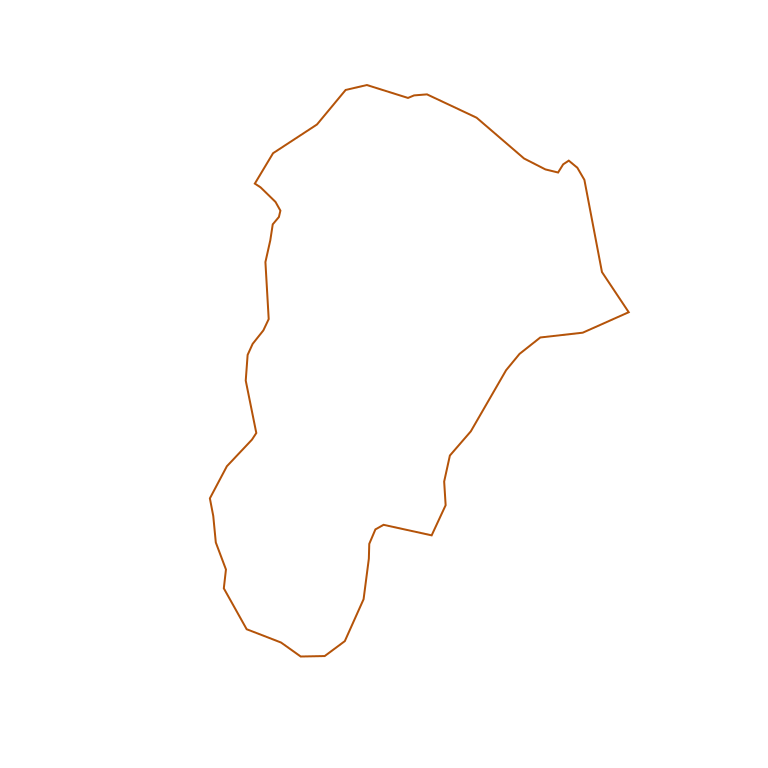 SVG path tracing the border of Ivancna Gorica, rotated 23°
{"feature_id": "SVN-955", "entity_name": "Ivancna Gorica", "entity_type": "Municipality", "adm_level": 1, "iso_a3": "SVN", "parent_name": "Slovenia", "parent_adm1": "", "projection": "mercator", "projection_center": [14.807, 45.902], "detail": "fine", "context": "isolated", "style": "outline", "palette": "amber", "viewbox_px": 768, "rotation_deg": 23, "n_neighbors": 0, "source": "natural_earth", "source_scale": "10m", "svg_char_len": 861}
<svg xmlns="http://www.w3.org/2000/svg" viewBox="0 0 768 768"><g transform="rotate(23 384 384)"><path d="M233.8,128.3L251.4,115.5L294.3,111.3L298.9,106.6L310.4,100.6L365.2,102.7L424.8,121.7L448.7,123.4L461.6,121.3L463.1,111.8L466.8,106.2L477.5,109.4L488.7,117.8L540.9,195.8L581.2,222.3L546.9,259.1L509.7,280.1L497.0,303.3L491.0,323.6L482.4,393.7L472.6,424.1L477.5,450.3L488.1,471.5L487.0,504.7L438.6,513.8L432.9,521.2L432.9,536.9L438.3,550.7L449.3,590.1L448.4,636.0L435.7,657.6L413.8,667.4L390.2,662.2L353.4,663.4L316.4,634.7L311.0,616.5L291.1,595.6L278.4,572.2L268.4,557.3L271.5,521.1L284.2,486.8L285.6,479.0L255.4,434.9L247.1,410.5L247.4,398.4L252.0,381.8L252.5,369.3L227.2,318.1L223.2,296.2L219.2,280.5L222.0,271.3L220.9,264.9L213.0,258.8L193.5,251.2L186.8,250.0L191.7,214.9L220.9,171.3L233.8,128.3Z" fill="none" stroke="#b45309" stroke-width="2"/></g></svg>